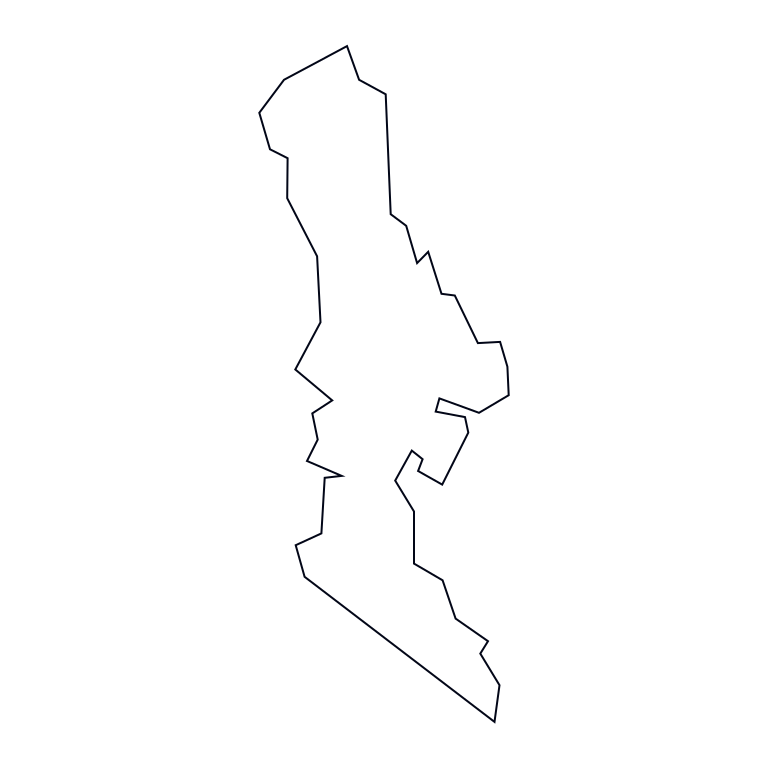 the border of Rift Valley
{"feature_id": "KEN-890", "entity_name": "Rift Valley", "entity_type": "Province", "adm_level": 1, "iso_a3": "KEN", "parent_name": "Kenya", "parent_adm1": "", "projection": "equal_earth", "projection_center": [36.059, 0.919], "detail": "coarse", "context": "isolated", "style": "outline", "palette": "ink", "viewbox_px": 768, "rotation_deg": 0, "n_neighbors": 0, "source": "natural_earth", "source_scale": "10m", "svg_char_len": 710}
<svg xmlns="http://www.w3.org/2000/svg" viewBox="0 0 768 768"><path d="M359.1,79.8L385.7,94.3L390.7,214.2L406.2,225.8L417.1,263.1L428.2,251.8L441.5,293.8L454.8,295.5L477.9,343.1L500.1,341.9L507.4,366.7L508.7,395.2L479.0,412.8L439.4,398.4L435.7,411.6L465.0,417.1L468.3,432.6L442.2,484.6L418.1,471.0L422.6,459.2L411.8,450.6L395.2,480.6L414.0,511.5L414.0,563.6L442.6,580.3L455.6,618.6L488.0,641.2L480.3,653.6L499.5,685.2L494.5,721.9L304.6,576.8L295.7,545.2L321.4,533.4L324.7,477.8L341.7,475.9L307.0,461.0L317.7,439.6L312.3,413.4L332.2,400.4L295.3,369.5L320.5,322.3L317.1,256.3L287.2,198.2L287.6,158.2L270.0,149.3L259.3,112.8L284.0,79.8L347.0,46.1L359.1,79.8Z" fill="none" stroke="#020617" stroke-width="2"/></svg>